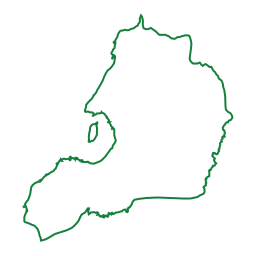 outline of Kota Baubau, Sulawesi Tenggara, Indonesia
{"feature_id": "22746128B66779214231616", "entity_name": "Kota Baubau", "entity_type": "district", "adm_level": 2, "iso_a3": "IDN", "parent_name": "Indonesia", "parent_adm1": "Sulawesi Tenggara", "projection": "albers", "projection_center": [122.657, -5.423], "detail": "fine", "context": "isolated", "style": "outline", "palette": "green", "viewbox_px": 256, "rotation_deg": 0, "n_neighbors": 0, "source": "geoboundaries", "source_scale": "gbopen_adm2", "svg_char_len": 5807}
<svg xmlns="http://www.w3.org/2000/svg" viewBox="0 0 256 256"><path d="M150.8,27.9L148.6,29.0L146.4,29.2L144.4,28.7L143.5,27.9L142.8,25.6L142.9,20.4L141.9,16.6L141.0,15.4L139.7,18.9L140.0,20.5L139.7,22.3L138.2,24.2L137.6,25.7L135.6,26.7L133.9,28.2L130.3,29.2L129.2,30.1L126.9,30.3L126.2,29.9L124.5,29.9L122.6,30.6L121.3,30.5L120.0,31.2L118.6,33.2L117.9,34.7L117.3,37.0L115.1,40.7L115.5,43.3L114.8,45.1L114.6,48.0L112.9,49.7L112.9,50.4L111.4,52.8L111.7,54.1L114.4,55.5L115.0,56.4L115.1,57.4L114.4,60.8L114.4,62.2L114.0,63.3L112.1,66.2L110.3,68.4L107.6,70.5L106.0,73.0L104.2,76.7L102.6,80.8L98.5,88.2L97.8,89.0L96.1,92.6L94.3,94.9L93.5,95.4L93.6,95.7L92.0,98.5L88.0,102.5L86.2,104.8L85.9,107.6L85.1,109.7L84.9,111.2L85.1,111.5L85.7,111.5L85.9,111.9L88.1,111.5L89.6,112.3L92.1,112.4L92.6,112.7L94.0,114.0L92.9,115.8L93.1,115.9L94.2,114.1L94.8,114.9L96.2,114.3L97.0,113.4L99.0,113.5L101.3,112.8L101.5,112.1L102.2,112.9L103.5,113.2L104.9,114.4L105.9,116.1L106.5,116.3L106.8,116.7L107.0,117.2L106.7,117.6L106.8,118.0L107.5,118.3L108.8,119.9L109.1,120.9L108.3,121.6L108.1,122.1L109.6,122.2L109.2,122.5L110.6,124.6L111.3,126.4L111.8,127.0L112.7,127.3L113.0,128.1L111.2,129.6L113.2,128.2L114.2,129.2L114.3,135.5L115.7,140.2L115.7,141.0L115.3,142.1L112.8,145.7L112.3,148.1L110.9,148.9L105.3,156.6L102.0,159.9L100.0,161.3L93.8,163.7L90.9,163.4L88.0,162.2L88.1,161.8L87.8,161.7L86.3,162.1L86.0,161.9L85.1,162.1L82.5,161.9L82.6,161.3L82.2,161.3L82.3,160.3L81.8,160.2L81.8,160.5L82.2,160.6L82.0,161.2L80.5,161.3L79.8,160.7L79.9,160.3L77.7,159.1L77.2,159.1L77.2,158.1L78.1,158.0L76.5,157.8L76.4,159.0L75.4,158.9L75.4,157.9L75.2,157.9L75.0,159.3L74.7,158.8L73.3,158.5L72.7,158.0L71.3,158.1L70.6,156.7L70.2,156.8L71.0,158.7L70.6,159.0L70.5,160.0L70.2,160.1L69.8,160.2L69.0,158.5L68.1,158.9L65.1,159.2L64.2,158.6L62.1,159.4L61.6,159.3L61.9,159.9L61.6,160.2L61.3,159.8L61.3,160.2L60.9,159.8L61.6,159.2L60.6,159.5L60.1,160.1L60.9,160.7L60.0,160.6L59.5,160.8L58.3,163.0L58.2,162.4L58.1,163.3L57.4,164.4L57.0,163.8L57.4,163.4L57.2,163.2L56.6,163.7L57.3,164.7L56.4,166.9L55.5,168.9L54.6,169.4L53.7,170.9L49.7,173.0L48.3,174.3L46.8,174.9L46.6,174.4L46.2,174.7L46.7,175.0L43.9,177.0L41.2,180.5L40.6,179.9L40.4,180.0L41.0,180.6L40.0,181.7L39.4,181.8L38.7,181.3L38.4,181.4L37.4,182.2L35.2,183.0L32.8,184.9L31.6,186.6L31.1,188.0L30.1,194.5L28.3,199.5L27.9,200.2L26.6,201.5L24.9,204.4L25.6,206.2L23.6,206.6L23.8,207.1L25.8,206.3L26.9,209.4L27.1,210.7L26.5,210.6L26.5,210.9L27.1,210.8L27.1,211.2L26.0,212.6L24.8,215.6L24.2,218.0L24.4,218.9L24.3,221.2L24.9,222.0L30.4,224.0L31.9,224.8L34.3,225.6L37.4,228.7L38.8,232.0L39.7,235.9L40.8,238.2L40.7,239.3L41.0,240.6L44.5,239.7L47.4,238.5L54.9,234.0L66.9,230.2L71.7,227.9L74.0,226.0L76.8,223.1L78.6,220.7L80.3,216.9L81.5,214.8L82.6,213.9L85.0,212.6L87.8,208.4L89.0,208.4L88.1,211.6L88.8,214.3L89.7,213.7L90.2,212.7L90.8,212.4L92.8,212.4L94.2,212.1L95.9,212.9L96.6,212.4L97.7,212.4L98.2,213.1L97.4,214.7L98.5,214.4L99.4,215.4L99.6,216.2L100.0,216.4L100.8,216.0L101.2,216.6L101.9,216.4L103.5,215.1L103.9,215.4L103.9,215.9L103.8,216.5L103.2,216.8L103.1,217.2L104.1,217.5L104.4,217.3L104.6,215.9L105.3,215.5L107.6,216.8L107.9,216.7L108.1,216.3L107.0,215.6L108.5,215.4L108.7,214.6L108.4,213.5L108.7,213.0L111.1,214.4L111.4,213.1L112.2,212.8L112.5,213.0L112.5,213.9L112.8,214.1L114.0,213.8L116.0,212.5L119.1,212.2L120.9,211.3L122.0,211.3L123.4,210.0L124.8,209.5L125.4,209.7L125.9,210.5L126.3,211.8L127.4,212.1L127.9,211.3L128.0,210.5L127.6,208.8L128.2,208.5L128.4,207.6L129.1,207.4L129.4,207.6L129.7,207.4L131.9,204.1L132.6,201.8L134.4,199.8L138.7,198.9L146.4,198.0L157.6,197.5L182.7,198.5L189.5,198.5L191.6,198.3L197.5,197.0L200.2,195.2L203.0,194.0L203.7,193.5L204.4,192.4L204.6,191.6L204.4,188.8L203.5,187.4L203.9,186.6L205.9,185.4L205.7,184.0L206.2,183.6L206.3,183.1L205.8,182.4L206.2,181.7L205.6,180.1L205.6,179.2L206.5,178.8L206.2,178.2L206.4,177.7L208.6,176.4L209.2,176.3L209.3,176.1L209.3,171.5L209.0,170.9L209.7,169.9L210.5,170.1L211.7,167.8L212.7,166.9L212.8,165.8L214.5,165.7L215.3,164.2L216.2,163.5L214.7,161.7L213.9,160.0L214.9,158.6L212.4,156.1L212.3,155.3L213.1,154.2L212.9,153.5L213.1,153.0L213.6,152.8L214.4,153.4L214.9,153.1L216.2,154.2L217.5,154.1L218.0,152.5L219.2,150.8L218.6,150.1L218.7,149.2L218.9,148.8L219.6,148.4L219.5,147.1L220.3,144.9L220.0,143.5L220.7,142.3L221.8,141.6L221.4,141.1L221.3,140.2L221.8,139.5L222.6,138.9L222.7,138.4L222.2,137.2L223.2,136.3L223.8,136.3L224.3,136.8L224.7,136.7L224.2,134.6L224.9,133.4L224.9,132.8L224.2,130.3L223.4,130.1L222.9,129.2L222.8,127.6L223.9,125.6L225.2,124.3L225.6,123.2L226.9,122.3L228.0,122.3L228.7,120.7L230.5,120.1L231.2,119.5L232.4,117.5L232.0,115.7L231.0,114.0L230.1,112.9L228.0,111.9L226.1,109.9L225.9,109.5L225.5,106.2L225.2,96.6L224.2,89.7L223.3,87.4L222.9,84.3L222.2,82.1L221.4,80.5L218.7,78.4L218.2,76.4L217.8,75.8L216.5,74.6L215.2,72.3L213.3,70.6L211.3,66.8L209.7,67.1L206.7,64.7L205.6,64.1L204.9,64.3L202.7,65.9L200.9,64.2L199.8,62.6L199.5,62.6L197.5,63.5L193.4,63.6L192.2,62.9L190.5,61.1L189.9,59.8L189.7,58.0L191.1,47.5L191.4,43.6L190.6,39.4L189.7,36.6L189.2,35.8L187.3,35.3L185.2,35.3L179.0,37.1L177.5,37.1L175.3,38.6L174.5,38.8L171.9,38.5L171.1,38.1L168.6,36.1L166.9,35.6L165.5,34.8L159.6,34.9L158.3,34.1L156.3,31.8L150.8,27.9ZM77.1,158.1L77.0,159.0L76.6,159.1L76.6,158.0L77.1,158.1ZM96.4,126.0L97.4,122.8L97.1,122.4L95.3,123.9L94.7,124.2L93.3,124.2L91.8,124.9L90.4,126.8L90.0,128.3L89.9,130.3L89.3,132.6L88.8,136.8L89.0,140.1L88.6,141.3L89.0,141.9L89.8,141.9L91.5,140.9L92.7,140.9L93.7,140.2L94.0,140.4L93.7,140.2L95.0,138.4L96.9,134.8L97.0,128.3L96.9,127.1L96.4,126.0ZM112.3,58.5L113.4,57.2L113.1,56.7L112.7,56.8L112.2,57.8L112.1,58.4L112.3,58.5ZM114.1,43.0L114.2,42.4L113.8,42.2L113.8,42.8L114.1,43.0ZM112.9,56.5L113.2,55.8L113.0,55.2L112.8,55.3L112.9,56.5Z" fill="none" stroke="#15803d" stroke-width="2"/></svg>